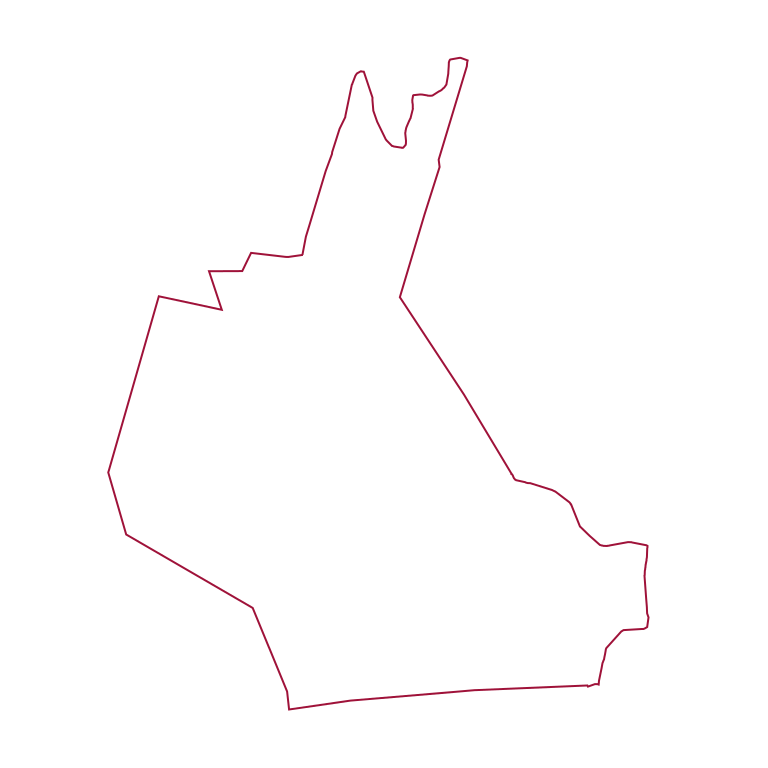 the district of Kwekwe Urban, Midlands, Zimbabwe, rotated 92°
{"feature_id": "62879985B80414783582816", "entity_name": "Kwekwe Urban", "entity_type": "district", "adm_level": 2, "iso_a3": "ZWE", "parent_name": "Zimbabwe", "parent_adm1": "Midlands", "projection": "orthographic", "projection_center": [29.786, -18.913], "detail": "fine", "context": "isolated", "style": "outline", "palette": "rose", "viewbox_px": 768, "rotation_deg": 92, "n_neighbors": 0, "source": "geoboundaries", "source_scale": "gbopen_adm2", "svg_char_len": 3826}
<svg xmlns="http://www.w3.org/2000/svg" viewBox="0 0 768 768"><g transform="rotate(92 384 384)"><path d="M589.3,114.5L566.3,117.0L566.0,116.8L565.6,116.8L564.2,116.8L563.3,116.8L562.5,116.8L561.6,116.8L559.9,116.5L558.8,116.5L558.0,116.3L556.6,116.3L556.0,116.2L555.5,116.2L555.2,116.2L554.7,116.0L553.8,116.0L553.3,115.8L552.8,115.8L552.4,115.7L552.1,115.7L551.5,115.5L550.7,115.5L549.8,115.5L548.8,115.3L547.7,115.2L546.3,115.2L545.8,115.2L542.7,115.2L541.8,115.2L541.3,115.2L540.1,115.2L539.0,115.2L538.2,115.0L537.3,115.0L536.6,115.0L536.0,116.1L533.7,130.6L533.5,131.2L533.5,133.4L533.5,134.6L537.5,152.9L537.8,153.7L537.8,154.6L538.1,155.4L538.1,156.3L538.1,156.9L538.1,159.2L537.8,160.0L537.8,160.9L537.5,161.7L537.3,162.6L528.5,173.3L528.0,173.8L527.4,174.5L519.7,183.0L520.0,183.0L497.8,192.8L497.8,193.1L497.3,193.4L496.7,193.7L495.8,194.5L485.6,208.9L485.4,209.2L485.4,209.5L485.1,210.0L484.8,210.9L484.2,212.0L478.0,234.4L478.0,235.0L478.0,235.8L478.0,237.0L477.8,237.8L477.5,239.0L477.2,239.5L475.5,248.7L475.2,249.0L475.0,249.6L474.7,249.8L474.4,250.1L473.8,250.7L473.3,251.0L472.1,251.6L471.3,251.9L470.4,252.4L469.8,253.0L469.3,253.3L469.3,253.6L469.0,253.6L391.8,303.7L296.7,371.2L296.4,371.1L213.1,349.4L165.2,336.0L157.9,337.2L63.6,312.3L59.8,312.1L59.7,312.1L57.7,311.7L55.4,318.7L55.4,319.8L57.4,329.1L57.7,329.4L58.2,329.7L58.7,329.9L59.2,330.1L59.7,330.2L59.8,330.2L60.2,330.4L60.6,330.4L61.1,330.4L62.9,330.4L63.6,330.4L64.2,330.4L69.7,330.6L70.3,330.6L71.3,330.6L71.8,330.6L72.1,330.7L72.4,330.7L82.6,332.1L83.3,332.6L84.1,333.1L84.5,333.4L85.0,333.7L85.3,333.9L85.7,334.2L86.0,334.5L86.3,335.0L86.6,335.3L87.1,335.7L87.4,336.0L87.7,336.3L88.2,336.8L88.7,337.5L89.0,338.1L89.4,338.6L89.5,338.9L89.5,339.1L94.0,345.6L94.3,347.2L94.3,348.1L94.3,348.9L94.3,349.5L94.3,350.0L94.3,350.3L94.1,350.7L93.4,356.0L93.4,356.5L93.4,357.2L93.4,357.8L93.4,358.1L94.3,364.5L94.5,364.6L94.7,365.0L98.9,365.6L99.0,365.6L99.4,365.6L99.5,365.6L100.0,365.6L100.5,365.5L101.2,365.5L101.3,365.5L101.5,365.5L102.0,365.3L102.8,365.2L103.7,365.0L106.0,364.9L107.0,364.9L107.4,364.9L107.8,364.7L117.1,366.7L117.6,366.8L117.9,367.0L118.4,367.3L118.9,367.5L119.6,367.7L120.0,368.0L120.7,368.2L121.3,368.5L126.8,370.6L128.1,370.9L128.7,371.0L129.5,371.1L130.2,371.3L130.7,371.3L131.3,371.3L132.0,371.5L132.8,371.5L140.2,370.5L141.2,370.5L142.0,370.5L142.8,370.5L143.4,370.5L143.8,370.7L144.3,370.7L147.1,373.0L147.1,373.3L147.3,373.6L147.3,374.1L147.3,374.6L147.1,375.1L147.1,375.6L146.3,382.4L146.1,383.0L145.9,383.5L145.8,384.0L145.8,384.3L145.6,384.5L140.4,390.0L139.9,390.3L139.6,390.7L122.1,400.0L111.3,404.2L100.3,405.5L99.4,405.5L98.6,405.5L98.2,405.5L73.3,414.8L73.1,414.9L72.6,415.1L72.5,417.2L72.3,417.6L72.3,418.1L74.4,421.6L74.5,421.8L74.8,422.0L75.5,422.5L76.0,422.8L76.8,423.3L85.2,426.2L85.5,426.2L86.0,426.6L86.6,426.7L117.1,431.9L117.9,432.0L118.4,432.0L118.6,432.0L130.5,437.3L154.1,443.9L155.9,444.0L173.2,449.7L228.7,464.3L239.5,467.2L256.9,469.9L257.8,469.9L257.8,469.6L260.4,484.2L260.4,484.8L260.4,485.7L260.4,486.8L257.6,521.4L269.5,526.7L276.1,529.6L277.4,562.8L315.5,548.7L304.2,612.1L479.8,655.9L482.0,656.5L543.4,636.4L611.8,508.5L612.4,507.4L650.8,490.0L651.8,489.5L694.7,470.1L712.6,467.5L701.6,406.6L689.1,301.5L686.8,282.6L686.8,282.3L678.2,170.2L679.3,169.6L676.6,162.8L676.5,160.4L676.5,159.8L676.7,159.6L676.9,159.0L676.0,158.9L673.2,158.8L660.2,156.6L655.3,155.9L654.3,155.5L653.4,155.2L652.6,155.0L651.7,154.5L649.3,154.2L646.5,153.7L643.7,153.3L641.3,153.0L640.2,152.6L623.0,138.2L622.6,137.5L622.1,136.8L621.6,136.0L619.8,117.3L619.8,116.4L619.8,116.2L619.3,115.0L618.7,114.1L618.2,113.2L617.7,112.5L608.0,111.5L607.5,111.7L606.9,111.9L606.6,112.1L605.9,112.3L605.2,112.6L604.2,113.0L603.1,113.1L600.7,113.3L597.9,113.5L589.3,114.5Z" fill="none" stroke="#9f1239" stroke-width="2"/></g></svg>